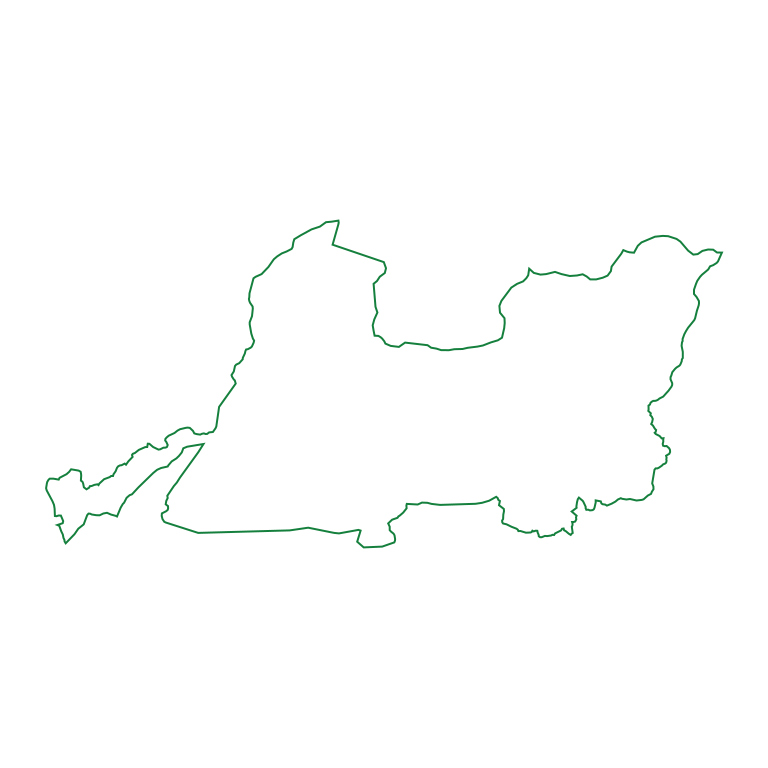 Aldai, Rift Valley, Kenya (Mercator projection)
{"feature_id": "3690345B36924206491537", "entity_name": "Aldai", "entity_type": "district", "adm_level": 2, "iso_a3": "KEN", "parent_name": "Kenya", "parent_adm1": "Rift Valley", "projection": "mercator", "projection_center": [34.935, 0.06], "detail": "fine", "context": "isolated", "style": "outline", "palette": "green", "viewbox_px": 768, "rotation_deg": 0, "n_neighbors": 0, "source": "geoboundaries", "source_scale": "gbopen_adm2", "svg_char_len": 6073}
<svg xmlns="http://www.w3.org/2000/svg" viewBox="0 0 768 768"><path d="M721.9,252.6L717.0,252.5L713.2,249.7L708.1,249.5L702.4,250.9L697.7,254.1L693.3,254.6L688.1,250.6L680.4,241.6L676.5,238.9L668.2,236.2L662.8,235.9L655.0,236.7L641.5,242.4L637.8,245.8L634.0,252.7L629.6,252.3L626.9,251.6L623.3,250.1L621.3,253.7L611.6,266.6L610.9,271.1L607.6,275.6L602.8,277.7L596.2,279.4L590.2,279.4L586.7,276.5L582.7,274.3L576.9,275.5L569.8,276.0L561.5,274.1L555.0,271.9L546.1,274.1L540.5,274.6L533.8,272.9L529.2,268.7L528.2,275.3L526.3,278.2L523.1,281.4L517.0,283.9L511.3,287.6L501.4,300.9L499.4,305.9L500.0,312.7L504.5,318.2L504.7,323.0L504.2,328.1L502.0,337.7L497.9,340.3L490.9,342.4L482.9,345.5L477.4,346.6L467.7,347.8L462.5,349.0L454.4,349.2L448.9,350.2L441.1,350.1L436.4,348.6L431.1,347.7L427.6,345.2L405.1,342.6L398.9,346.9L390.7,345.9L385.4,343.6L384.3,341.3L382.2,338.6L380.6,337.2L378.4,335.9L374.6,335.7L373.6,330.7L372.7,325.3L374.3,319.4L377.4,312.5L375.5,306.8L373.6,283.8L377.0,281.0L379.8,276.7L384.8,273.0L386.0,268.2L383.8,262.1L332.6,244.7L338.3,224.6L338.7,222.7L338.4,220.6L331.5,221.7L326.0,222.2L319.9,226.6L311.5,229.4L300.9,235.2L294.3,239.2L293.3,242.5L292.6,247.1L291.6,248.9L286.6,251.5L281.8,253.4L277.2,256.4L273.8,259.3L268.4,267.0L261.6,274.1L255.6,276.8L253.5,278.3L249.5,293.3L249.3,297.3L248.9,298.9L249.3,300.9L250.0,302.7L252.6,306.5L252.8,308.6L252.0,316.2L249.7,322.2L249.7,324.4L251.3,333.6L252.9,338.6L254.1,340.6L253.6,342.8L251.9,346.5L250.8,347.6L247.8,349.2L246.1,349.5L245.4,351.1L244.9,353.4L242.8,357.9L242.7,359.3L239.2,363.2L236.2,364.6L235.0,366.0L233.8,371.5L231.5,375.1L232.1,376.8L233.8,379.5L234.8,380.4L235.7,383.6L219.1,406.9L216.3,426.5L215.5,428.3L212.9,432.0L209.1,432.4L207.2,433.9L205.6,434.0L203.9,433.4L201.9,433.8L200.2,434.6L196.6,434.1L194.3,433.4L193.0,430.9L189.8,427.9L187.7,427.6L186.0,427.8L180.1,429.2L177.5,430.6L174.5,433.0L168.7,435.7L166.6,437.5L165.4,438.9L165.2,440.5L166.4,442.1L167.7,445.0L167.0,446.9L165.7,447.6L163.4,447.7L160.2,449.3L158.5,449.6L153.1,447.0L149.4,443.8L147.8,443.7L147.2,447.0L145.2,447.1L138.8,449.9L134.9,453.0L132.8,453.8L132.0,455.0L132.6,456.9L128.3,461.4L126.0,464.7L124.7,463.6L121.6,465.2L120.0,465.4L118.2,466.3L117.0,467.8L115.6,471.3L113.5,474.3L113.0,476.0L111.1,476.0L109.7,477.1L104.1,479.2L99.3,483.6L98.5,485.1L97.4,484.3L94.3,484.9L91.7,486.0L89.8,486.2L89.2,487.6L86.5,489.3L83.9,487.3L83.1,483.3L82.4,481.7L80.9,480.6L81.2,475.5L81.0,473.4L80.6,471.7L78.6,470.6L71.1,469.3L69.1,471.9L66.5,474.2L59.6,477.8L58.7,479.6L53.6,478.7L49.7,478.7L48.6,479.7L47.3,481.8L46.9,483.3L46.1,488.2L46.7,490.4L52.5,501.3L54.0,504.9L54.6,508.6L54.9,516.0L56.5,516.2L58.7,515.5L60.9,515.6L63.2,521.1L62.7,523.2L57.4,525.0L59.3,525.8L61.2,531.2L62.8,534.5L63.5,538.0L64.4,539.8L64.6,541.5L65.7,543.3L74.5,534.2L78.3,528.7L83.7,524.4L87.2,515.1L88.5,513.6L90.1,513.7L91.8,514.5L96.3,515.2L99.6,515.3L103.3,513.5L107.0,512.8L111.1,514.6L115.6,515.8L117.0,516.5L120.7,507.6L122.8,504.0L124.1,502.7L126.6,497.8L129.6,495.2L132.0,494.3L138.4,487.4L153.2,473.0L157.1,469.8L161.1,468.0L167.7,466.5L168.4,465.3L171.7,461.4L176.4,458.4L179.0,455.9L181.8,452.4L183.3,448.3L187.2,446.7L203.5,444.0L198.3,452.2L180.1,477.4L176.8,482.6L173.9,486.0L167.3,495.8L167.7,498.0L166.3,500.8L165.7,504.3L168.0,506.1L168.1,508.5L167.7,509.9L166.2,511.2L161.9,513.4L161.7,515.9L162.5,519.1L164.3,521.8L166.0,522.6L198.2,532.9L289.7,530.4L308.2,527.7L334.1,532.9L339.0,533.4L358.4,529.9L360.6,530.6L357.2,541.7L363.7,547.4L382.2,546.6L394.3,542.4L395.0,540.6L395.1,539.0L394.5,535.3L393.6,533.7L390.9,531.5L389.7,530.1L389.7,526.7L388.2,523.4L392.1,519.7L397.5,517.8L398.4,516.4L399.6,515.7L403.2,512.6L406.6,508.3L406.4,505.6L406.8,503.9L417.7,504.5L422.0,502.6L427.4,502.8L431.5,503.9L440.1,504.9L475.5,503.8L482.1,502.8L489.2,500.7L496.2,496.8L497.7,498.1L498.3,499.8L499.9,501.0L499.0,505.2L503.8,508.9L504.0,511.1L503.3,514.6L503.1,519.0L502.1,520.6L502.3,522.4L503.1,523.5L506.5,524.3L511.6,526.8L516.5,528.7L517.8,529.7L518.4,531.1L520.4,531.0L526.0,532.7L530.3,532.5L531.6,532.1L532.4,530.7L533.7,531.4L535.6,530.7L537.3,530.8L537.7,532.7L538.6,534.7L538.8,536.3L540.1,537.2L541.7,537.2L545.0,535.9L547.1,536.1L551.1,535.5L552.5,534.8L554.1,535.0L555.1,533.4L561.1,530.4L562.0,528.8L563.6,528.5L564.1,530.3L565.7,531.1L568.9,533.8L570.7,534.9L571.5,533.8L572.7,533.0L571.8,526.7L572.4,525.5L572.6,523.9L572.1,522.0L573.7,522.0L575.2,521.5L576.3,519.3L576.0,517.3L576.6,515.7L571.7,511.5L576.6,507.8L576.4,506.4L577.0,502.3L577.8,499.2L578.9,497.6L582.7,500.8L583.5,502.1L585.7,506.8L585.6,508.1L586.3,509.8L588.3,509.7L589.9,510.4L591.2,510.3L592.6,510.1L593.8,509.3L594.5,507.7L595.7,502.5L595.7,500.4L600.8,501.4L601.4,503.4L602.5,504.2L605.3,504.6L606.9,505.6L611.6,503.7L615.4,501.6L617.9,499.5L620.8,498.2L622.1,498.8L626.4,499.5L630.0,499.0L636.5,500.5L641.8,499.9L643.6,499.3L647.9,495.5L651.0,493.9L651.9,491.7L653.5,489.2L653.4,486.5L652.2,483.4L654.5,469.7L655.6,468.4L657.4,468.4L658.9,467.7L661.8,465.7L663.2,464.3L664.9,463.7L666.1,462.7L666.6,460.7L666.3,459.3L666.6,457.8L666.1,455.7L669.3,453.8L670.1,452.0L670.0,450.0L669.2,448.3L666.6,446.0L664.8,446.2L663.1,445.7L662.7,443.9L663.3,441.6L663.2,439.8L663.5,438.2L661.7,438.4L659.6,436.0L655.7,434.0L654.7,432.8L655.7,431.9L656.1,430.0L654.9,428.8L652.9,425.5L651.2,424.0L652.1,422.2L652.8,419.0L651.8,416.7L650.3,415.2L650.8,413.3L648.3,410.9L648.6,409.4L648.5,405.6L649.9,404.6L650.6,402.7L651.9,401.6L653.2,400.9L654.9,400.9L656.5,400.5L657.9,399.8L659.5,398.5L663.2,396.6L668.5,390.7L671.5,386.6L672.2,384.9L672.2,383.2L670.5,379.2L670.6,377.0L671.3,375.6L672.3,372.2L675.0,368.9L676.5,367.5L679.4,365.7L680.3,364.6L681.7,361.3L681.9,359.4L682.8,358.0L682.8,351.9L681.6,345.8L682.0,342.3L682.6,341.1L682.6,339.0L684.3,334.3L686.1,330.9L688.1,327.7L694.2,320.2L695.1,318.3L696.9,310.8L698.7,305.3L699.0,303.3L698.9,301.0L696.5,296.9L694.0,294.0L694.0,289.7L696.0,283.9L697.3,280.8L700.0,276.9L701.9,274.8L708.2,269.5L710.1,266.3L713.1,265.2L716.6,263.0L718.0,261.4L721.9,252.6Z" fill="none" stroke="#15803d" stroke-width="2"/></svg>